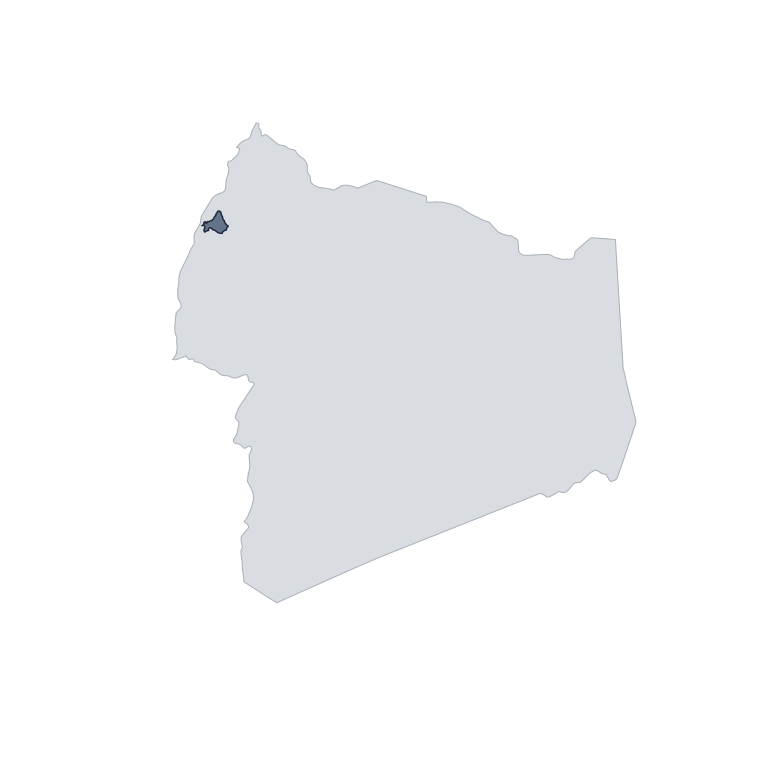 location of Bouira within Algeria, rotated 301°
{"feature_id": "DZA-2210", "entity_name": "Bouira", "entity_type": "Province", "adm_level": 1, "iso_a3": "DZA", "parent_name": "Algeria", "parent_adm1": "", "projection": "robinson", "projection_center": [3.808, 36.278], "detail": "fine", "context": "in_parent", "style": "filled", "palette": "slate", "viewbox_px": 768, "rotation_deg": 301, "n_neighbors": 0, "source": "natural_earth", "source_scale": "10m", "svg_char_len": 5357}
<svg xmlns="http://www.w3.org/2000/svg" viewBox="0 0 768 768"><g transform="rotate(301 384 384)"><path d="M541.9,139.9L542.4,141.4L542.5,142.8L540.4,144.0L539.0,144.8L537.4,148.3L534.3,150.7L533.7,151.4L533.8,152.0L535.9,153.1L536.7,154.1L537.0,155.5L536.1,160.4L534.9,169.1L535.0,171.0L535.8,173.3L536.6,175.0L536.9,177.0L536.7,181.9L537.8,184.7L538.6,187.4L536.8,190.6L536.0,193.5L535.6,197.6L535.4,200.2L534.2,202.6L532.7,204.9L530.9,206.3L528.7,207.5L526.2,209.1L524.2,213.4L519.8,216.9L518.9,218.2L518.5,221.0L518.6,225.0L519.4,228.1L521.6,232.8L523.6,237.9L524.1,240.4L524.8,241.4L527.5,243.1L532.1,245.4L533.0,246.3L535.3,249.8L537.5,256.1L538.2,260.3L546.4,266.7L554.2,272.4L554.8,273.3L559.3,292.4L560.9,299.2L566.7,323.8L564.4,325.2L561.9,327.0L563.8,330.3L567.5,335.7L569.7,340.1L570.5,342.0L572.3,347.4L573.8,352.7L574.1,354.4L574.7,358.5L574.2,369.6L575.4,383.8L576.9,390.9L574.8,397.3L573.1,403.4L573.3,406.4L574.3,411.2L575.4,414.7L576.7,416.6L576.5,422.6L576.0,424.7L572.0,427.8L567.5,430.7L566.2,433.1L565.9,435.8L566.5,438.0L579.8,458.2L580.3,460.2L580.6,465.9L582.8,473.1L585.2,476.2L586.1,478.5L587.7,480.2L589.4,481.4L590.4,481.6L596.2,479.6L606.2,482.8L615.7,486.1L616.4,486.8L622.0,497.7L626.9,508.0L521.2,580.5L509.6,591.6L482.2,618.8L480.1,620.0L443.9,628.0L425.1,632.0L424.2,632.2L423.1,632.3L422.4,632.2L420.7,631.6L418.8,629.9L417.5,629.1L417.2,627.8L417.9,626.1L418.9,624.6L419.2,623.4L419.9,622.5L420.7,621.7L420.7,620.7L420.1,618.9L419.5,616.6L419.5,612.2L419.5,610.3L417.8,608.6L414.5,606.8L411.5,605.7L410.1,605.3L406.8,604.7L402.2,603.5L400.5,602.7L397.6,598.7L396.1,597.7L389.2,597.0L386.9,596.3L385.0,595.4L383.4,594.1L382.5,591.9L382.3,590.1L381.6,589.2L374.0,584.9L372.1,583.4L371.1,582.1L371.1,580.0L371.3,577.5L371.0,575.3L370.7,574.2L237.5,472.7L230.4,467.4L214.2,455.7L141.1,404.6L142.2,368.0L142.3,366.1L142.8,365.3L145.2,363.9L149.0,360.8L150.4,359.5L152.2,358.1L158.5,353.9L159.9,352.8L166.0,348.0L167.4,347.3L170.7,346.8L172.1,345.9L173.9,344.0L176.7,341.8L178.4,340.7L178.9,340.6L180.0,340.4L185.5,341.0L187.8,341.5L190.6,341.9L191.5,341.7L192.3,341.0L193.4,339.4L193.6,337.6L193.7,336.0L193.9,335.4L194.4,335.0L195.6,335.2L197.3,335.4L200.6,335.3L201.7,335.1L205.5,334.7L210.9,333.7L218.5,331.3L222.2,328.5L224.9,325.6L227.8,321.2L230.0,317.3L234.5,315.0L238.2,313.5L240.4,313.0L245.2,310.9L253.2,305.1L259.8,304.2L260.6,303.7L261.5,302.7L261.6,300.9L260.5,299.6L259.2,299.0L258.3,298.2L257.4,298.1L256.9,297.3L257.2,295.7L257.4,294.2L258.0,292.8L257.9,290.7L257.0,288.6L256.7,287.1L256.8,285.7L257.3,284.5L258.7,283.8L260.3,283.5L262.5,283.8L266.3,283.3L276.1,279.8L276.8,278.7L277.5,276.2L278.3,274.1L279.3,273.4L279.8,273.2L287.7,271.8L289.5,271.7L304.0,272.4L316.5,272.8L317.7,272.3L317.7,270.7L316.9,267.8L317.4,266.0L319.3,264.3L321.5,262.4L320.5,260.1L318.7,258.5L316.3,256.7L315.0,255.9L312.8,253.7L311.5,251.2L310.6,245.8L308.9,242.8L307.8,239.1L309.0,232.3L307.4,228.1L307.2,226.4L307.2,224.3L307.8,220.6L307.5,215.5L305.7,210.3L306.6,208.5L307.0,207.6L306.9,206.8L305.2,205.1L304.5,203.7L304.9,202.4L305.8,200.5L305.8,199.7L302.9,197.4L298.2,193.7L296.9,192.1L296.2,190.1L300.8,190.6L303.2,190.4L308.8,187.9L313.2,184.6L316.6,183.0L319.6,179.4L322.3,177.1L326.3,174.6L337.5,169.4L339.3,169.3L342.9,170.5L346.1,170.2L348.3,168.3L350.8,163.9L354.4,161.1L359.1,158.4L365.4,155.8L369.5,153.4L376.0,151.4L392.3,150.1L400.7,148.9L406.4,149.2L412.1,145.4L415.0,144.1L427.4,143.8L433.2,141.1L455.4,141.1L458.1,142.0L460.8,143.5L465.4,147.1L467.6,147.9L470.6,147.1L477.4,143.7L485.0,141.9L489.2,139.9L491.0,137.0L494.5,135.9L496.6,138.1L504.6,140.4L509.5,139.8L511.6,139.1L510.8,135.7L516.0,136.6L519.9,138.2L524.2,141.5L526.9,142.2L531.7,140.7L541.9,139.9Z" fill="#d9dde1" stroke="#a8b0b8" stroke-width="1"/><path d="M446.4,156.3L445.2,157.7L444.2,159.3L443.7,159.9L442.6,160.8L442.3,161.2L442.1,161.7L441.8,162.6L441.6,163.2L441.2,163.6L440.5,164.2L440.4,164.3L440.2,164.8L439.3,167.0L439.2,168.1L439.2,168.4L439.2,168.9L439.1,169.1L438.8,169.2L438.4,169.1L437.5,168.7L437.2,168.6L436.9,168.6L436.6,168.8L435.8,169.2L435.4,169.4L434.9,169.4L434.4,169.2L434.1,168.9L433.8,168.6L433.6,168.4L433.4,168.2L433.1,168.1L432.8,168.0L432.4,167.6L431.6,167.4L429.8,167.7L428.7,165.6L428.4,164.2L428.3,163.4L428.3,162.7L428.6,160.3L428.6,159.5L428.5,159.0L428.1,157.9L428.1,157.4L428.1,157.1L428.6,156.6L428.8,156.3L428.7,156.0L428.4,155.3L428.3,154.9L428.3,154.3L428.2,154.0L427.9,153.9L427.7,153.8L427.1,153.6L426.9,153.6L426.7,153.6L426.0,153.9L425.7,154.1L425.4,154.5L425.2,154.4L424.8,154.1L424.2,153.5L423.8,153.0L423.3,152.7L422.0,152.2L422.2,151.5L422.5,151.0L422.7,150.7L422.9,150.5L423.2,150.4L425.6,149.9L425.9,149.8L426.2,149.6L426.4,149.4L426.8,148.8L426.9,148.7L427.1,148.5L427.2,148.3L427.1,148.0L426.4,146.7L427.8,147.1L428.5,147.0L429.3,146.6L429.7,146.6L430.0,146.6L430.3,146.7L430.7,146.9L430.9,147.0L431.0,147.1L431.0,147.3L430.9,147.6L430.3,148.4L430.1,148.7L430.1,149.0L430.3,149.2L430.7,149.2L432.2,149.0L432.9,150.1L433.5,150.6L434.1,151.0L434.9,151.7L435.7,152.2L436.8,152.6L442.5,152.8L442.8,152.7L443.6,152.4L443.9,152.5L444.9,152.7L445.3,152.7L446.2,152.5L446.7,152.7L446.9,153.1L447.4,153.7L447.4,153.9L447.4,154.2L447.3,154.3L447.3,154.6L447.2,155.0L447.3,155.4L447.3,155.6L447.1,155.7L446.9,155.8L446.6,156.0L446.4,156.3Z" fill="#64748b" stroke="#1e293b" stroke-width="1.5"/></g></svg>